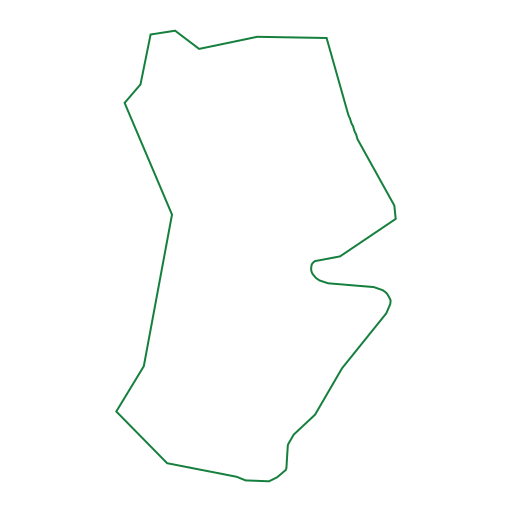 outline of Hillingdon
{"feature_id": "GBR-2753", "entity_name": "Hillingdon", "entity_type": "London Borough", "adm_level": 1, "iso_a3": "GBR", "parent_name": "United Kingdom", "parent_adm1": "", "projection": "equal_earth", "projection_center": [-0.412, 51.535], "detail": "fine", "context": "isolated", "style": "outline", "palette": "green", "viewbox_px": 512, "rotation_deg": 0, "n_neighbors": 0, "source": "natural_earth", "source_scale": "10m", "svg_char_len": 745}
<svg xmlns="http://www.w3.org/2000/svg" viewBox="0 0 512 512"><path d="M395.7,218.9L340.0,256.4L315.0,261.1L313.4,262.3L312.2,263.7L311.5,265.3L311.1,268.9L311.3,270.6L311.8,272.3L312.6,274.0L316.0,278.0L319.4,280.4L328.2,283.3L373.9,287.1L382.7,290.2L385.9,292.5L387.2,293.9L390.2,299.2L390.6,300.9L390.2,304.2L386.3,313.3L342.0,368.3L315.1,414.6L293.7,434.6L288.4,443.8L287.8,445.5L286.4,468.2L285.8,469.9L277.1,477.3L269.0,481.3L245.6,480.4L236.7,476.8L167.1,463.2L116.3,411.5L143.8,366.2L172.0,214.6L124.6,102.9L140.5,84.4L150.6,34.5L175.1,30.7L199.1,48.9L257.2,36.8L326.6,38.0L348.4,115.1L349.9,118.4L351.4,123.1L353.1,126.4L354.5,131.2L356.1,134.3L357.5,139.2L394.3,205.5L395.7,218.9Z" fill="none" stroke="#15803d" stroke-width="2"/></svg>